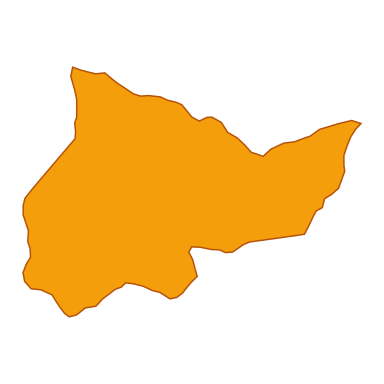 outline of Cordeirópolis, São Paulo, Brazil
{"feature_id": "56859067B87866639520897", "entity_name": "Cordeirópolis", "entity_type": "district", "adm_level": 2, "iso_a3": "BRA", "parent_name": "Brazil", "parent_adm1": "São Paulo", "projection": "natural_earth1", "projection_center": [-47.407, -22.478], "detail": "fine", "context": "isolated", "style": "filled", "palette": "amber", "viewbox_px": 384, "rotation_deg": 0, "n_neighbors": 0, "source": "geoboundaries", "source_scale": "gbopen_adm2", "svg_char_len": 1366}
<svg xmlns="http://www.w3.org/2000/svg" viewBox="0 0 384 384"><path d="M72.7,67.2L70.8,76.3L74.7,89.9L76.7,99.5L76.7,117.1L74.7,123.1L75.6,132.2L75.0,138.8L43.2,176.1L32.8,188.4L25.0,198.3L23.2,205.4L23.2,215.0L28.4,230.7L27.8,241.6L30.2,249.0L30.5,257.2L26.4,263.9L23.0,272.6L24.7,281.5L31.2,288.8L40.9,289.8L52.1,294.9L56.0,301.3L60.1,307.5L64.6,313.4L69.2,316.8L76.3,315.1L85.4,307.9L95.9,306.2L102.7,298.9L110.7,292.8L115.4,289.2L121.4,287.1L125.7,282.8L133.9,283.9L143.0,286.2L152.3,290.5L159.8,292.4L169.9,298.8L176.6,297.5L182.4,293.2L187.7,286.5L192.0,281.5L197.2,276.5L192.5,259.2L188.8,252.2L191.7,246.9L200.0,247.2L211.6,249.5L219.6,249.9L225.5,252.6L232.7,252.0L243.9,244.3L249.5,242.0L298.3,235.2L304.5,234.2L308.7,226.0L313.4,216.1L316.2,211.0L322.3,207.6L324.6,198.7L331.6,194.4L338.5,188.3L342.5,177.4L344.7,171.3L343.9,165.4L343.9,155.5L346.9,146.4L350.6,137.1L355.5,129.4L361.0,123.5L351.7,120.5L338.3,123.7L330.5,126.1L319.5,129.4L310.4,136.0L301.3,139.2L294.9,141.7L283.6,143.2L271.0,149.1L263.1,156.4L258.1,154.5L251.4,152.4L244.4,144.7L237.2,137.9L227.7,132.4L221.3,122.4L211.8,117.1L206.7,117.5L199.2,121.1L191.7,116.9L181.9,104.8L176.0,102.2L167.7,100.3L160.4,96.9L149.0,95.6L140.6,96.1L133.3,93.8L124.4,87.8L117.5,83.3L112.3,79.2L104.8,72.9L95.6,73.8L87.5,71.9L80.2,69.9L72.7,67.2Z" fill="#f59e0b" stroke="#b45309" stroke-width="1.5"/></svg>